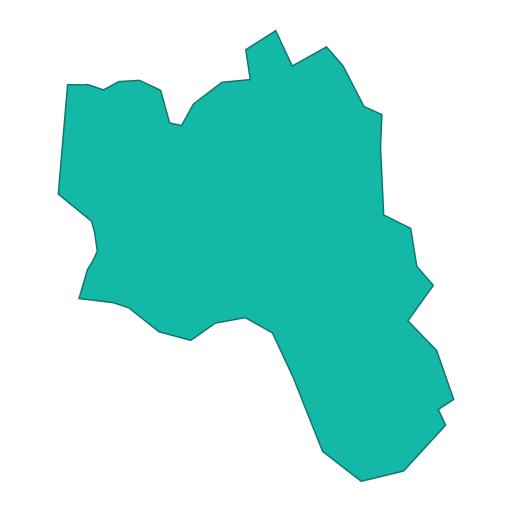 the border of Auces
{"feature_id": "LVA-5740", "entity_name": "Auces", "entity_type": "Municipality", "adm_level": 1, "iso_a3": "LVA", "parent_name": "Latvia", "parent_adm1": "", "projection": "albers", "projection_center": [22.926, 56.453], "detail": "fine", "context": "isolated", "style": "filled", "palette": "teal", "viewbox_px": 512, "rotation_deg": 0, "n_neighbors": 0, "source": "natural_earth", "source_scale": "10m", "svg_char_len": 696}
<svg xmlns="http://www.w3.org/2000/svg" viewBox="0 0 512 512"><path d="M361.2,481.3L322.7,451.5L292.9,376.7L272.4,332.9L245.2,317.6L215.3,323.1L190.7,340.4L189.8,340.1L159.0,331.8L128.9,307.9L113.4,302.7L79.0,298.5L87.6,269.3L92.8,261.0L97.3,251.2L94.6,232.4L91.6,221.3L58.3,194.1L67.6,84.7L84.5,84.9L87.5,84.5L103.5,89.9L118.9,81.6L139.5,80.4L160.6,90.3L169.6,122.9L181.5,125.6L193.5,104.0L221.9,82.3L250.3,79.6L245.8,49.7L275.7,30.7L292.2,66.0L326.5,46.9L343.0,65.9L364.0,106.6L381.9,114.7L380.5,147.2L383.7,215.0L410.7,228.5L416.8,266.5L433.3,285.4L407.9,320.8L436.6,350.5L453.7,399.4L438.3,409.4L445.6,425.1L403.6,471.0L361.2,481.3Z" fill="#14b8a6" stroke="#0f766e" stroke-width="1.5"/></svg>